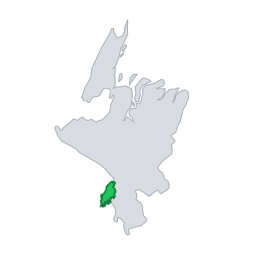 Kurigram, Rangpur, Bangladesh shown in context, rotated 212°
{"feature_id": "16705992B97164497642406", "entity_name": "Kurigram", "entity_type": "district", "adm_level": 2, "iso_a3": "BGD", "parent_name": "Bangladesh", "parent_adm1": "Rangpur", "projection": "mercator", "projection_center": [89.627, 25.805], "detail": "fine", "context": "in_parent", "style": "filled", "palette": "green", "viewbox_px": 256, "rotation_deg": 212, "n_neighbors": 0, "source": "geoboundaries", "source_scale": "gbopen_adm2", "svg_char_len": 8202}
<svg xmlns="http://www.w3.org/2000/svg" viewBox="0 0 256 256"><g transform="rotate(212 128 128)"><path d="M91.1,178.8L91.1,173.1L87.4,162.0L87.5,160.7L86.8,155.3L85.8,152.4L85.3,149.2L87.6,144.6L86.7,143.8L81.7,142.4L81.1,141.2L82.2,136.7L78.6,132.4L77.2,129.2L81.0,118.9L82.0,111.6L81.7,110.2L79.3,108.6L75.2,108.0L72.2,106.6L70.5,104.6L69.1,103.7L67.3,104.3L65.0,103.5L63.0,101.5L61.4,99.0L62.1,96.3L65.1,89.9L66.2,89.7L68.8,90.9L69.8,91.0L71.5,88.4L73.9,81.2L82.4,81.8L84.4,81.6L86.5,81.0L87.6,80.1L88.3,78.9L88.0,77.9L85.5,76.5L84.5,75.5L83.7,72.6L83.0,71.5L77.9,71.4L75.3,70.0L73.8,68.8L71.3,64.9L68.1,61.9L65.0,61.2L63.8,60.3L63.2,58.8L63.6,56.6L65.1,52.4L73.5,43.3L73.7,42.3L73.4,41.1L70.9,39.6L70.8,38.9L71.4,37.0L72.8,36.8L75.7,38.5L78.7,41.3L80.4,43.8L80.5,45.8L82.8,46.2L84.7,47.1L86.7,46.8L87.9,47.3L88.8,47.1L89.1,46.0L87.5,43.1L88.3,41.9L90.2,42.0L91.6,43.0L92.6,45.3L92.8,48.7L95.0,51.8L98.0,54.0L100.3,55.0L103.1,55.7L105.5,55.0L106.7,52.9L106.2,50.9L106.6,49.2L107.5,48.2L109.0,48.3L110.2,49.7L113.4,57.1L112.7,60.3L113.5,69.3L112.7,75.2L113.2,77.4L113.7,77.8L118.6,78.9L125.8,81.3L131.2,82.2L155.9,81.5L161.3,82.7L177.7,81.8L182.2,83.7L187.1,86.7L189.8,89.0L190.3,90.3L190.0,91.4L189.1,92.0L187.4,92.0L183.6,90.5L182.9,91.0L182.9,94.5L179.7,103.3L179.3,106.0L178.2,107.1L174.9,107.6L172.8,112.8L171.9,113.4L169.7,112.3L168.4,112.4L166.7,112.9L165.1,114.1L163.9,115.6L162.6,116.1L158.0,116.0L157.1,118.3L154.1,121.4L152.1,129.7L152.2,132.2L154.8,138.7L156.5,147.2L157.2,148.0L158.1,148.1L158.1,144.2L159.0,143.7L160.0,144.2L162.2,149.4L163.4,150.7L165.3,151.1L167.5,150.3L169.1,148.8L169.8,147.1L169.2,141.4L170.2,139.1L174.0,135.6L174.5,134.6L174.3,128.9L175.7,128.7L177.6,129.1L180.0,127.7L180.7,127.7L181.7,129.2L183.4,128.9L186.0,140.3L186.2,148.2L186.8,152.7L187.7,153.7L190.5,160.3L193.1,183.6L193.5,198.3L194.6,203.3L193.6,204.4L192.7,204.6L191.9,202.8L185.9,199.1L184.4,199.5L182.3,201.7L181.5,203.7L181.9,206.5L182.5,209.3L184.0,210.8L184.1,212.6L185.7,219.2L185.2,219.2L181.9,213.2L177.9,207.3L176.6,196.7L176.5,191.5L173.8,185.3L171.3,174.6L172.4,170.8L170.5,172.4L167.4,165.9L162.7,159.6L161.4,156.8L161.3,154.0L159.3,156.8L156.5,158.7L153.7,161.6L151.8,162.5L145.9,163.1L142.4,159.2L137.5,149.6L136.8,147.5L137.5,141.9L136.3,136.5L136.0,131.8L135.1,132.3L134.8,133.5L134.9,135.5L134.6,137.2L126.3,136.1L129.8,138.9L133.6,139.6L135.6,142.1L135.7,146.2L132.0,148.7L132.3,150.9L134.5,153.4L131.9,154.1L131.2,155.8L131.1,158.2L132.9,161.9L132.6,163.3L135.7,168.1L136.3,170.4L135.6,173.6L128.8,180.2L126.9,184.8L125.2,187.0L123.1,187.4L120.6,185.2L120.6,183.0L121.1,181.2L124.6,176.8L122.7,177.4L117.2,181.0L116.2,178.1L115.5,175.4L115.5,172.1L118.1,167.1L115.1,169.6L114.3,172.7L114.7,176.3L114.3,178.9L113.1,182.2L111.5,184.2L108.9,185.5L107.8,187.5L106.1,188.9L105.5,182.2L103.6,173.1L103.2,175.1L104.2,180.7L104.1,184.4L102.7,187.3L99.9,190.4L97.7,190.8L96.4,190.3L92.4,185.7L92.0,181.2L91.1,178.8ZM141.0,178.9L136.0,180.0L133.4,179.7L138.2,171.5L138.0,167.8L137.3,164.8L134.9,162.4L134.7,160.7L133.6,158.4L133.1,155.6L135.8,154.7L138.0,156.3L138.7,159.4L139.8,161.8L143.6,166.6L143.5,169.5L142.5,176.7L141.0,178.9ZM151.8,176.2L148.7,178.4L149.7,165.5L152.0,170.3L152.6,172.9L151.8,176.2ZM163.5,169.8L162.2,170.7L160.9,169.9L159.3,166.9L160.1,163.0L160.6,162.5L162.5,166.4L163.5,169.8ZM174.8,197.0L173.1,197.2L172.3,196.2L172.7,194.9L172.2,190.8L174.4,190.4L175.2,193.8L174.8,197.0ZM172.9,185.3L171.6,189.5L171.1,187.6L172.0,184.0L172.9,185.3ZM137.1,151.6L137.6,152.9L134.8,151.2L134.0,150.0L135.3,149.3L137.1,151.6Z" fill="#d9dde1" stroke="#a8b0b8" stroke-width="1"/><path d="M111.1,75.3L111.3,75.1L111.9,75.0L112.2,74.8L112.3,74.0L112.2,73.9L112.3,74.0L112.1,73.9L111.9,73.9L112.0,73.7L111.8,73.5L111.8,73.4L112.4,73.5L112.7,73.8L113.5,73.9L113.7,73.2L114.1,72.4L114.3,72.3L114.3,72.1L114.2,72.1L114.2,71.5L114.4,71.3L114.3,71.1L114.5,70.7L114.2,70.0L114.7,69.7L114.7,69.2L114.9,69.0L114.9,68.6L114.9,68.4L115.1,67.8L115.1,67.2L114.8,66.0L114.6,65.9L114.4,65.5L114.1,64.9L114.3,64.6L114.2,64.4L113.8,64.3L113.6,63.9L113.6,63.4L114.0,62.9L113.5,61.3L113.3,61.1L113.5,60.5L113.8,60.3L113.8,59.7L113.7,59.3L114.2,58.8L114.2,58.6L114.5,58.2L115.0,57.6L115.3,56.9L115.0,56.9L114.0,57.1L113.9,57.1L114.0,57.0L113.5,56.9L113.5,56.7L114.2,56.8L114.0,56.6L114.0,56.3L113.9,56.2L114.1,56.1L114.4,56.2L114.8,56.0L114.8,55.8L114.7,55.8L114.7,55.7L114.2,55.5L114.1,55.2L113.8,54.8L113.7,54.9L113.7,55.1L113.8,55.7L113.3,55.6L113.2,55.2L113.3,55.3L113.4,55.2L113.4,54.9L113.2,54.5L113.3,54.3L113.0,53.8L112.9,53.7L112.8,54.2L112.5,54.6L112.4,54.5L112.6,54.5L112.6,54.3L112.8,53.9L112.6,53.8L112.5,54.1L112.4,54.0L112.4,53.9L112.2,53.9L112.1,54.1L112.2,53.8L112.4,53.6L112.3,53.4L112.7,53.3L112.7,53.1L112.6,52.8L112.7,52.7L112.5,52.8L112.6,52.4L112.3,52.5L112.2,52.5L112.4,52.1L112.2,52.0L112.3,51.9L112.1,51.7L111.9,51.8L111.7,51.7L111.8,51.2L111.7,50.8L111.4,50.7L111.2,50.1L110.5,50.2L110.4,49.8L110.2,50.2L109.9,50.3L109.8,50.1L109.1,49.8L109.8,49.7L109.6,49.5L109.3,48.8L109.2,48.8L109.1,48.6L109.2,48.4L109.5,48.5L109.6,48.4L109.4,48.5L109.3,48.3L109.3,48.0L109.6,48.1L109.4,48.0L109.5,47.9L109.3,47.9L109.3,47.5L109.1,47.8L109.1,48.1L108.6,48.1L108.0,47.8L107.9,48.1L108.0,48.1L107.9,48.4L108.1,48.4L108.1,48.8L108.4,49.1L108.2,49.2L108.0,48.9L107.9,48.9L107.8,49.0L107.8,49.3L108.1,49.4L108.4,49.4L108.6,49.3L108.7,49.5L108.4,49.7L108.4,49.9L108.1,49.8L108.1,49.6L107.9,49.7L108.1,49.5L107.9,49.4L107.7,49.5L107.7,49.4L107.4,49.5L107.2,49.4L107.2,49.5L107.4,49.5L107.3,49.8L107.6,49.8L107.3,50.0L107.2,50.1L107.3,50.1L107.2,50.2L106.7,50.1L106.9,50.2L106.9,50.7L107.1,51.1L107.1,51.4L107.3,51.1L107.6,51.3L107.7,51.0L107.9,51.4L107.4,51.7L107.1,51.8L107.1,51.6L106.9,51.5L107.0,51.7L106.9,51.7L107.0,51.7L107.0,51.9L106.8,51.9L107.2,52.3L107.3,52.1L107.5,52.1L107.4,51.8L107.6,52.0L107.7,51.7L107.9,51.7L108.0,52.0L107.9,52.1L108.0,52.2L108.1,52.3L108.0,52.6L108.4,53.1L107.9,53.2L107.5,53.5L107.4,53.4L107.5,53.2L107.3,53.3L107.2,53.1L107.4,53.5L106.9,53.8L106.8,53.7L106.9,54.0L106.6,53.9L106.5,54.2L106.6,54.3L106.4,54.3L106.4,54.8L106.4,55.0L106.6,55.4L106.5,55.5L106.6,56.0L106.5,55.9L106.3,55.9L106.2,55.9L106.3,55.9L106.3,56.2L106.1,56.2L106.0,55.8L105.9,56.1L105.8,56.3L105.3,56.2L105.2,56.0L105.3,55.7L105.1,55.5L105.2,55.4L105.5,55.2L105.4,55.2L105.1,55.0L104.7,55.0L104.6,54.9L104.4,55.1L103.8,55.0L103.5,55.3L103.6,55.5L103.4,55.6L103.3,55.9L103.6,56.4L103.8,56.4L104.1,56.1L104.1,56.3L104.2,56.5L104.4,57.0L104.4,57.3L104.6,57.6L104.6,57.8L104.9,57.9L105.1,58.4L105.4,58.5L105.4,58.8L106.1,58.9L106.1,59.0L105.7,59.1L105.7,59.5L105.0,59.4L105.0,59.5L105.1,60.3L105.1,60.8L104.9,61.2L104.7,61.2L104.7,60.9L104.6,61.0L104.6,61.4L104.3,61.3L104.0,61.3L103.9,61.3L104.0,61.2L103.8,61.2L103.6,60.7L103.2,60.8L103.1,60.7L102.9,60.7L102.7,60.9L102.7,61.0L102.8,61.1L103.0,60.9L103.1,61.0L103.3,61.2L103.1,61.1L102.9,61.2L103.0,61.7L102.9,62.1L103.0,62.0L103.2,62.3L103.5,62.8L103.5,63.1L103.9,63.2L104.1,63.3L104.0,63.8L103.7,63.9L103.9,64.4L104.3,64.3L104.5,64.6L104.5,65.1L104.7,65.3L104.5,66.1L104.6,66.6L104.9,66.4L105.0,66.4L105.2,66.5L105.4,66.8L105.5,67.1L105.4,67.6L105.5,67.8L105.3,67.7L105.2,68.0L105.1,68.3L105.6,68.5L106.0,68.5L106.6,69.4L106.9,69.4L107.1,69.0L107.4,69.0L108.0,69.3L108.3,69.7L108.9,70.1L109.6,70.0L109.8,70.1L109.7,70.3L109.4,70.5L109.4,70.8L109.8,71.1L109.8,71.3L109.7,71.5L109.2,71.4L109.0,71.6L109.4,72.0L109.4,72.3L109.7,72.3L109.8,72.2L110.1,72.3L109.9,73.2L109.5,73.9L109.6,74.0L109.9,73.8L109.9,74.3L109.7,74.4L109.9,74.7L110.0,74.6L111.0,74.5L111.0,74.8L111.3,74.8L111.1,75.3ZM107.1,49.0L106.7,49.1L106.6,49.3L106.8,49.3L106.6,49.5L107.0,49.5L107.0,49.4L107.1,49.0ZM106.0,53.2L105.7,53.1L105.6,53.3L105.8,53.6L106.2,53.5L106.2,53.2L106.0,53.2ZM104.1,52.9L104.0,53.0L104.2,53.3L104.5,53.3L104.5,53.1L104.1,52.9ZM104.6,54.3L104.4,54.4L104.5,54.7L104.5,54.8L104.7,54.4L104.6,54.3ZM107.6,53.0L107.5,52.6L107.3,52.9L107.4,53.0L107.6,53.0ZM107.6,48.7L107.4,48.8L107.4,49.1L107.2,49.0L107.5,49.2L107.5,48.9L107.6,48.7ZM106.9,49.0L106.8,48.7L106.7,48.8L106.9,49.0ZM109.9,49.5L109.9,49.3L109.9,49.5ZM107.5,48.6L107.2,48.6L107.5,48.7L107.5,48.6ZM106.5,49.3L106.6,49.2L106.5,49.3Z" fill="#22c55e" stroke="#15803d" stroke-width="1.5"/></g></svg>